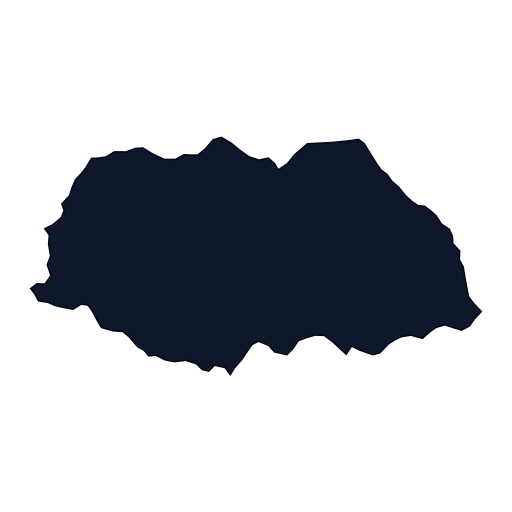 Luiziânia, São Paulo, Brazil
{"feature_id": "56859067B86388687995531", "entity_name": "Luiziânia", "entity_type": "district", "adm_level": 2, "iso_a3": "BRA", "parent_name": "Brazil", "parent_adm1": "São Paulo", "projection": "orthographic", "projection_center": [-50.352, -21.674], "detail": "fine", "context": "isolated", "style": "filled", "palette": "ink", "viewbox_px": 512, "rotation_deg": 0, "n_neighbors": 0, "source": "geoboundaries", "source_scale": "gbopen_adm2", "svg_char_len": 1686}
<svg xmlns="http://www.w3.org/2000/svg" viewBox="0 0 512 512"><path d="M358.7,139.4L348.9,140.8L332.9,142.4L307.3,143.8L294.7,154.7L287.3,163.8L278.2,169.8L274.7,163.8L268.3,158.0L259.2,160.1L249.0,156.8L239.3,149.9L231.1,143.1L221.2,137.3L213.1,139.8L205.3,148.9L197.9,155.0L191.5,155.1L184.1,154.7L175.5,159.4L164.3,159.4L152.2,153.7L142.7,147.9L134.9,148.6L126.0,151.9L114.3,151.9L106.1,156.9L99.2,158.0L91.6,158.4L85.8,167.8L81.3,173.6L75.6,179.5L72.3,187.1L69.6,195.6L61.8,203.9L64.2,210.6L61.4,217.5L53.4,224.3L44.8,228.7L49.3,235.0L48.6,244.3L50.6,256.0L47.3,264.8L50.9,275.4L45.0,284.1L37.0,283.8L30.7,288.5L34.8,294.0L38.5,300.9L47.9,302.3L55.0,305.5L62.1,307.1L73.1,309.2L81.1,304.1L88.2,305.2L92.6,311.5L96.7,319.4L101.4,327.5L113.0,330.8L122.8,331.5L129.3,336.9L137.6,346.7L144.2,350.3L148.8,355.9L155.9,355.2L165.0,359.8L174.5,361.7L185.7,360.3L196.5,363.8L202.3,369.6L208.8,371.1L214.5,365.2L225.0,367.5L230.2,374.7L234.5,367.8L241.9,359.4L246.4,352.5L252.1,344.5L258.5,341.2L268.9,345.6L274.5,351.9L286.9,354.7L292.7,348.9L298.1,340.8L307.2,337.3L315.4,335.1L324.2,335.4L333.0,342.0L340.0,348.5L346.2,354.3L351.5,346.1L360.3,350.3L372.8,354.7L379.7,352.9L388.8,343.5L395.7,339.4L401.7,336.6L410.8,335.2L422.6,338.3L429.8,331.8L435.9,327.5L444.7,324.8L455.2,328.2L461.6,330.1L469.4,326.0L474.4,319.0L481.3,311.5L474.4,304.3L468.8,297.2L467.0,289.2L464.7,276.4L463.2,266.9L459.3,259.7L459.7,251.0L452.8,243.6L452.4,236.4L449.4,229.4L441.4,224.0L436.2,215.9L431.2,211.3L424.8,206.4L417.6,205.4L411.6,201.3L405.1,195.2L398.8,187.3L391.6,181.0L386.9,174.3L381.5,170.4L377.0,164.3L369.9,152.9L364.1,143.5L358.7,139.4Z" fill="#0f172a" stroke="#020617" stroke-width="1.5"/></svg>